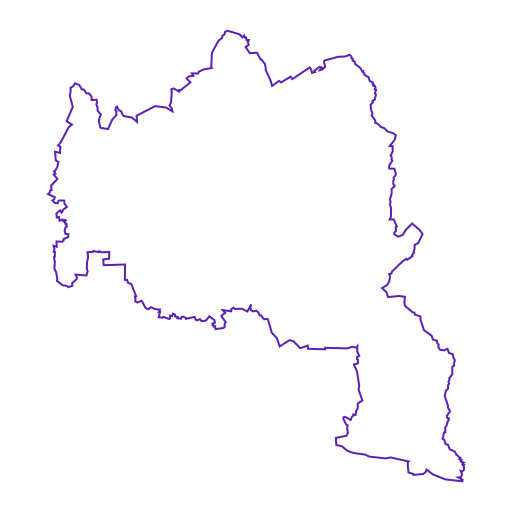 Carrick-On-Suir Lea-5, South Tipperary, Ireland
{"feature_id": "5873133B72256716491480", "entity_name": "Carrick-On-Suir Lea-5", "entity_type": "district", "adm_level": 2, "iso_a3": "IRL", "parent_name": "Ireland", "parent_adm1": "South Tipperary", "projection": "orthographic", "projection_center": [-7.586, 52.495], "detail": "fine", "context": "isolated", "style": "outline", "palette": "violet", "viewbox_px": 512, "rotation_deg": 0, "n_neighbors": 0, "source": "geoboundaries", "source_scale": "gbopen_adm2", "svg_char_len": 5923}
<svg xmlns="http://www.w3.org/2000/svg" viewBox="0 0 512 512"><path d="M62.7,285.3L67.3,286.0L68.4,287.2L72.4,285.8L72.1,283.1L76.7,279.1L76.9,277.5L75.6,274.6L86.4,275.5L87.6,271.5L86.8,268.2L87.1,261.7L88.2,257.3L87.5,252.2L92.9,251.9L93.4,250.9L98.7,252.2L98.9,251.3L102.0,252.3L109.2,252.0L109.1,258.7L103.2,259.5L103.7,265.2L125.0,264.5L124.9,279.9L127.1,279.9L128.1,282.9L131.3,284.0L136.1,296.1L134.8,296.5L135.6,298.7L135.1,301.3L137.4,302.5L141.7,300.7L145.3,307.6L148.0,309.3L151.0,307.2L154.8,309.1L160.0,309.6L158.8,312.1L160.0,312.0L158.8,317.3L162.6,317.7L163.4,316.9L169.3,319.1L170.1,318.3L170.2,315.6L172.1,316.0L172.9,313.7L175.1,314.6L175.0,316.4L177.7,316.9L177.3,318.2L181.0,318.7L181.7,316.8L183.5,316.8L186.0,318.0L186.0,318.8L194.6,316.9L195.7,319.7L197.4,320.3L200.0,319.1L201.6,321.1L205.9,320.6L209.3,316.3L214.5,320.2L214.8,322.9L212.5,323.6L212.6,325.3L213.5,325.4L213.7,326.6L215.1,326.3L215.5,329.1L223.1,328.1L224.7,327.1L224.6,323.8L225.7,322.1L221.5,316.4L221.4,315.6L225.2,312.9L222.7,310.1L231.2,311.3L231.3,309.2L233.4,307.7L234.7,309.0L241.8,308.7L247.4,311.5L251.1,304.4L250.5,307.5L250.9,310.3L253.3,311.4L256.3,310.7L258.4,312.5L259.7,315.4L261.0,315.3L264.1,319.3L267.2,318.8L268.1,320.0L271.8,332.7L276.9,338.2L279.7,346.4L289.5,340.2L293.5,341.3L300.3,348.2L307.6,345.6L308.1,348.8L325.1,349.3L325.1,347.8L347.2,348.4L352.2,346.8L356.5,347.7L357.4,346.4L357.2,351.1L359.2,356.0L357.1,357.0L356.9,358.8L358.0,359.7L357.9,363.3L353.9,364.4L357.0,371.4L359.2,385.8L358.6,389.8L362.4,400.4L357.7,403.6L357.8,408.5L356.3,410.6L355.5,415.0L353.3,414.5L353.4,415.6L351.9,416.8L350.6,420.0L345.2,416.9L343.5,417.3L343.3,418.7L346.1,424.5L347.7,425.3L347.1,428.2L347.9,433.1L346.3,435.8L335.9,437.9L336.3,445.0L341.7,446.2L347.5,450.9L353.5,453.0L365.5,454.7L369.2,456.6L385.4,458.4L390.8,457.5L408.6,461.4L407.9,462.0L407.8,465.3L408.5,472.5L413.3,473.9L413.4,474.9L423.2,474.0L425.5,472.3L426.6,469.7L433.1,474.5L445.4,479.4L462.4,481.3L462.6,479.8L458.3,477.5L460.9,477.3L462.1,474.3L460.7,471.0L462.1,471.5L464.0,469.6L463.8,466.1L462.6,464.9L463.9,464.4L462.2,462.8L463.3,462.4L460.9,461.4L460.5,460.8L461.4,459.9L459.5,459.1L460.5,458.0L456.5,454.8L454.7,451.5L449.7,449.3L448.2,445.1L445.4,443.9L444.4,440.0L442.6,438.8L444.1,432.4L445.4,432.2L445.2,427.2L446.6,425.7L447.5,421.8L448.9,419.7L448.6,418.1L447.3,418.1L446.8,415.9L450.1,411.4L448.0,407.6L447.9,405.4L444.7,395.9L445.9,390.7L448.1,388.7L448.0,385.4L449.1,383.7L448.5,381.7L449.6,379.4L449.2,378.3L452.3,374.2L452.3,366.9L454.2,365.6L453.8,363.8L454.9,360.3L453.4,357.6L452.9,354.3L449.0,353.0L447.5,348.8L443.9,350.4L440.0,349.7L438.3,346.9L438.6,344.5L437.2,343.0L436.9,340.7L432.8,339.4L431.6,335.7L424.0,330.2L420.5,319.7L420.5,316.5L414.9,314.6L414.5,312.6L412.6,312.3L404.9,305.7L404.4,302.1L404.9,296.8L399.4,296.0L388.0,297.0L386.4,292.1L382.1,288.1L387.0,285.1L389.2,281.7L390.0,276.9L389.2,274.0L391.4,273.6L392.1,271.4L402.4,261.5L406.3,258.8L407.3,259.8L412.5,256.0L412.0,255.1L414.0,252.7L413.5,252.1L414.6,248.7L414.6,244.9L418.2,243.1L422.6,234.1L419.5,229.8L412.1,223.5L405.7,230.0L402.8,234.9L398.5,236.6L394.4,234.5L394.3,232.6L396.0,230.9L395.7,227.2L396.9,226.5L393.7,219.4L389.7,219.5L390.9,216.9L391.1,208.2L390.0,204.4L390.5,201.4L389.8,199.6L391.6,193.9L391.7,188.9L394.7,185.9L393.3,184.0L393.3,180.6L393.9,179.2L393.6,177.6L395.5,175.4L395.8,173.8L394.4,168.7L389.3,168.6L389.1,167.3L389.4,165.0L392.3,160.8L391.6,159.6L391.8,157.3L390.6,155.6L392.7,151.5L392.6,146.2L389.8,146.1L394.7,139.7L395.8,135.2L393.2,133.2L387.6,131.5L384.2,128.1L381.0,127.1L377.4,123.5L375.3,122.9L375.2,120.4L371.6,115.4L372.5,113.7L371.0,109.5L370.6,104.6L372.9,102.3L372.4,101.0L374.7,99.7L376.0,94.5L374.8,93.3L376.1,89.7L374.7,89.2L375.5,87.7L374.9,86.1L373.2,85.8L373.8,84.6L372.6,83.9L373.0,82.5L369.6,80.9L368.6,77.3L364.5,74.9L364.3,73.3L362.9,72.2L363.1,71.1L362.3,71.3L360.4,68.1L354.8,63.6L354.7,61.5L352.6,60.7L352.7,58.7L351.5,58.3L351.5,56.6L349.6,54.7L345.3,56.5L338.1,56.8L324.4,60.6L324.0,62.0L325.2,66.9L322.0,69.6L319.9,70.2L321.6,67.5L319.7,66.8L314.2,70.9L315.0,72.1L312.0,72.9L311.1,69.5L309.6,67.5L292.4,79.1L290.6,76.7L281.0,82.4L279.0,80.9L272.1,85.9L270.2,79.5L265.6,69.9L265.8,68.2L264.9,64.0L261.6,59.6L260.5,59.4L257.1,52.8L249.8,53.1L245.6,47.1L248.8,44.7L247.8,42.3L248.8,40.1L246.6,40.2L246.1,37.5L245.1,37.7L244.0,35.4L242.5,37.4L239.5,34.3L227.4,30.7L225.1,31.8L224.5,34.4L222.3,35.9L222.2,37.8L218.4,40.9L211.9,52.9L211.3,67.1L211.8,68.0L204.1,69.3L199.0,71.6L198.0,73.5L191.8,73.4L193.3,75.9L189.0,76.4L186.6,78.4L190.4,82.3L180.1,90.6L179.1,90.1L178.9,91.5L173.6,88.4L171.3,89.3L171.8,92.4L171.0,102.2L169.6,105.6L171.7,108.1L172.4,111.3L166.2,107.6L155.2,106.1L136.6,115.7L137.0,121.8L131.8,117.5L123.8,116.1L121.7,113.2L121.5,111.5L118.7,110.0L117.0,106.6L116.1,107.1L115.3,110.1L116.6,111.6L116.1,113.9L116.5,115.0L112.3,119.5L108.0,129.1L100.5,127.8L98.9,121.6L99.4,118.1L100.9,114.5L97.7,110.9L97.6,107.9L96.4,104.5L97.0,102.3L96.5,99.7L91.7,100.1L91.5,96.5L88.9,93.3L86.4,93.4L83.9,89.7L81.8,89.2L79.2,85.0L75.0,83.3L73.3,86.1L70.4,88.0L70.7,90.9L69.8,95.9L72.8,107.0L66.6,121.2L71.9,124.5L68.5,127.5L60.8,142.2L58.0,145.5L60.4,146.7L60.0,152.9L55.1,151.7L55.8,160.4L58.4,162.1L57.4,166.8L55.2,170.8L54.0,171.3L55.4,173.5L53.7,174.5L57.4,178.9L51.1,185.7L51.5,190.2L50.1,190.5L49.8,192.6L48.0,194.1L54.8,197.1L54.2,199.4L52.5,200.4L54.8,202.9L57.8,203.2L58.4,201.0L59.5,200.4L64.2,200.6L64.6,204.0L67.0,206.9L63.6,209.3L61.6,212.6L60.1,210.3L56.4,213.5L56.8,217.5L59.0,217.0L59.6,220.8L62.6,219.5L63.2,221.2L65.1,219.9L65.8,220.5L64.5,221.7L65.5,224.1L66.4,223.7L66.8,226.5L65.9,226.6L64.6,230.2L65.4,233.8L68.4,234.2L68.1,237.1L63.5,239.1L63.5,240.9L62.2,241.7L56.5,241.5L56.7,246.8L53.6,245.8L54.4,249.1L53.8,251.9L54.9,251.9L54.8,256.7L53.9,257.0L54.9,262.2L54.3,268.3L56.2,272.4L57.3,278.7L56.9,280.8L62.7,285.3Z" fill="none" stroke="#5b21b6" stroke-width="2"/></svg>